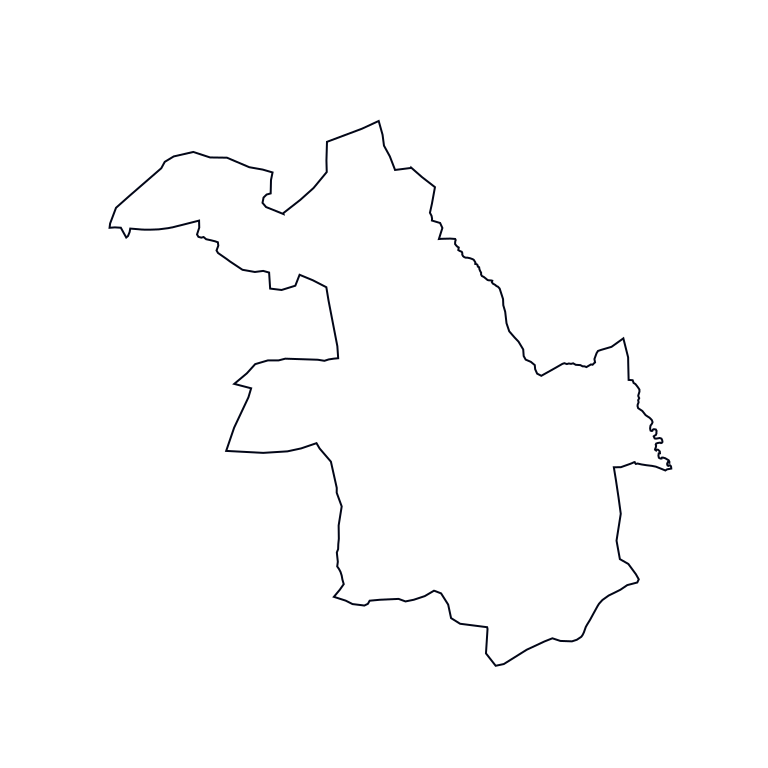 outline of Kabo, Kano, Nigeria, rotated 10°
{"feature_id": "59680162B55022918372626", "entity_name": "Kabo", "entity_type": "district", "adm_level": 2, "iso_a3": "NGA", "parent_name": "Nigeria", "parent_adm1": "Kano", "projection": "orthographic", "projection_center": [8.188, 11.892], "detail": "fine", "context": "isolated", "style": "outline", "palette": "ink", "viewbox_px": 768, "rotation_deg": 10, "n_neighbors": 0, "source": "geoboundaries", "source_scale": "gbopen_adm2", "svg_char_len": 4708}
<svg xmlns="http://www.w3.org/2000/svg" viewBox="0 0 768 768"><g transform="rotate(10 384 384)"><path d="M667.9,535.5L668.8,532.1L665.1,527.6L655.9,518.8L646.7,515.5L640.2,497.9L639.7,470.7L634.8,455.4L629.0,438.1L624.8,426.1L631.7,424.8L640.5,419.8L642.6,418.5L643.3,417.9L644.4,417.4L644.7,417.9L645.3,418.5L645.9,419.0L647.5,418.3L651.5,418.5L656.7,418.4L662.0,418.1L666.1,418.2L672.0,419.4L676.1,420.3L677.6,418.9L681.6,417.4L681.2,415.9L680.8,415.1L679.9,414.4L678.8,414.6L678.5,415.2L677.5,415.1L676.9,414.2L676.7,413.2L677.1,411.7L677.8,411.9L678.7,412.0L678.6,411.1L677.6,409.7L676.0,409.1L673.9,408.3L671.4,408.0L670.4,408.3L670.3,409.2L669.0,409.4L667.5,408.9L666.7,406.9L666.6,404.6L667.8,404.3L667.3,402.5L665.4,401.2L664.4,401.2L663.5,401.5L663.4,402.2L662.3,401.6L662.4,400.3L662.7,399.2L662.7,397.6L662.1,396.6L662.4,395.4L664.0,394.5L666.1,393.8L667.0,394.1L667.8,393.7L668.3,392.7L667.7,391.0L666.7,389.6L664.9,389.3L662.5,390.2L661.3,390.6L660.0,390.6L658.7,388.7L659.5,387.8L660.5,387.1L660.9,385.5L660.6,384.0L660.6,382.9L659.6,381.6L658.1,381.6L657.2,381.8L656.7,382.4L656.4,383.5L655.5,383.8L654.6,383.6L654.2,382.7L653.8,381.6L653.7,380.3L653.7,378.6L654.4,377.4L654.9,376.1L655.1,374.9L654.1,373.1L652.7,372.0L651.2,371.0L649.2,370.2L647.0,369.2L643.1,365.7L638.5,363.7L637.5,361.7L637.4,360.2L637.9,357.9L637.6,357.0L637.1,355.8L637.6,354.3L637.8,353.6L636.7,352.1L636.4,351.2L636.9,347.2L636.5,345.1L634.8,343.3L633.1,341.7L631.6,340.4L629.6,339.6L628.8,338.1L628.2,337.1L624.2,337.5L620.8,320.6L619.8,315.4L611.8,297.5L601.6,307.9L591.9,312.7L589.0,314.3L588.0,316.7L586.9,322.9L588.1,326.1L587.3,327.0L586.1,328.8L584.4,328.8L583.7,329.4L580.4,332.2L578.5,331.8L576.5,332.1L574.1,331.3L569.5,331.8L566.7,330.8L564.7,331.7L562.5,331.7L560.6,332.6L558.0,332.2L556.2,333.2L550.1,338.3L537.5,348.6L533.0,347.2L530.3,343.2L529.2,339.2L524.8,336.7L519.3,335.4L516.7,332.2L515.1,325.8L509.1,318.9L504.5,315.5L498.2,310.4L494.1,302.9L490.8,291.8L487.8,285.7L486.5,279.7L481.3,269.9L479.3,268.4L477.7,268.0L476.5,267.2L475.2,266.7L473.9,266.3L472.6,265.1L472.7,263.5L471.4,263.4L469.2,263.7L467.9,263.6L466.2,262.6L463.8,261.3L461.6,260.6L460.6,259.3L460.3,257.5L459.2,256.2L458.1,254.5L457.4,252.5L456.0,252.1L455.6,250.8L454.4,249.9L453.0,249.9L452.9,248.4L451.8,247.2L450.9,246.2L449.7,245.7L446.9,245.2L444.1,245.1L442.5,245.4L441.0,245.1L439.7,244.4L438.6,243.0L438.4,241.5L437.6,240.3L435.4,239.8L433.9,239.2L433.9,236.6L432.4,236.0L431.1,235.1L429.7,233.8L429.5,232.4L429.4,231.0L429.6,229.8L428.9,228.8L424.0,229.3L415.6,231.0L412.9,231.7L414.4,220.2L411.3,215.7L402.8,214.7L402.6,212.7L401.6,210.1L399.5,207.4L399.9,198.2L400.0,181.3L385.4,173.6L373.2,166.2L373.2,166.5L357.7,171.3L357.2,170.4L350.2,158.8L342.6,149.3L339.3,138.8L333.1,125.9L318.0,136.4L285.8,155.4L288.5,173.9L290.8,185.2L290.7,185.4L280.6,203.2L269.6,217.2L255.1,233.3L255.5,234.1L237.1,230.2L232.9,226.7L233.0,221.3L235.5,217.8L239.3,216.0L237.3,202.8L237.5,195.0L227.3,193.9L213.7,193.9L190.0,188.4L173.4,191.1L155.9,188.6L137.4,196.4L129.5,203.3L127.2,210.2L100.6,243.0L89.5,257.0L86.4,273.5L86.6,277.8L91.7,276.5L97.7,275.8L104.7,284.5L106.2,282.7L107.1,278.5L107.1,275.0L114.6,274.3L118.1,274.0L122.1,273.5L128.5,272.3L135.4,270.8L140.2,269.3L144.4,268.0L147.2,266.9L148.4,266.5L152.8,264.5L156.9,262.7L173.5,255.2L174.9,262.1L173.9,269.2L174.5,269.9L175.7,271.3L178.7,271.6L179.7,271.1L180.8,270.6L183.7,272.3L188.4,272.5L192.9,272.8L195.8,273.3L196.0,274.0L196.8,276.5L195.9,281.6L197.8,283.8L207.3,288.2L211.1,290.1L224.8,296.1L237.4,296.1L245.4,293.6L251.5,294.2L255.3,309.8L266.8,309.2L279.6,302.6L281.9,291.1L295.9,294.2L310.4,298.7L314.9,311.5L331.5,354.9L334.4,366.6L330.0,367.8L325.3,369.4L321.3,371.5L314.6,371.6L282.4,376.2L276.0,379.1L265.6,380.9L253.7,386.8L247.1,397.3L236.5,409.9L253.9,411.3L252.8,420.7L244.0,453.0L240.2,477.3L277.0,472.8L300.6,467.1L313.6,461.8L327.8,454.0L331.8,458.7L345.2,469.7L355.5,494.5L356.3,499.3L363.6,511.9L363.9,531.2L366.4,544.3L366.8,549.7L367.5,554.6L366.8,558.1L368.0,562.3L369.4,567.1L369.6,571.8L371.8,574.0L373.8,576.6L375.6,580.0L377.0,583.8L379.1,588.1L376.2,594.3L371.6,602.3L383.9,604.0L391.2,606.2L400.5,605.7L403.1,605.6L406.3,603.3L407.5,599.9L417.4,597.2L435.7,593.1L442.9,594.4L450.8,591.3L461.0,585.8L469.1,578.9L470.6,579.1L476.6,580.3L485.5,590.1L490.7,602.9L500.6,606.9L527.8,605.6L528.5,607.3L531.2,631.6L542.9,642.1L550.6,639.0L570.7,620.9L586.7,609.7L594.0,605.2L602.3,606.4L613.8,604.8L618.3,602.4L622.2,598.7L623.2,596.6L624.0,593.8L624.9,588.3L625.8,585.7L627.9,580.4L630.0,574.1L632.9,565.6L633.9,563.1L636.6,558.8L642.0,553.3L647.1,549.6L652.5,545.6L658.5,539.8L667.9,535.5Z" fill="none" stroke="#020617" stroke-width="2"/></g></svg>